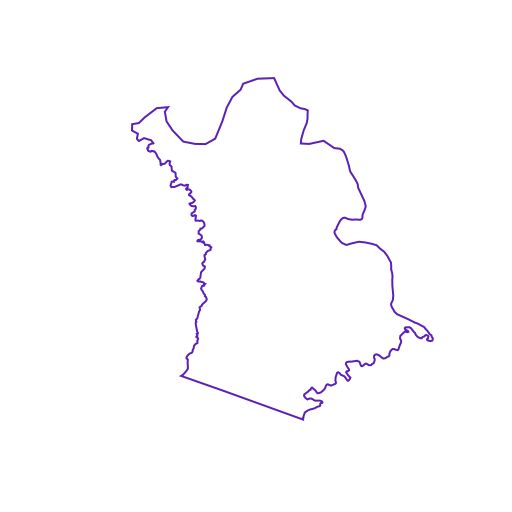 outline of Nkwanta North, Volta, Ghana, rotated 138°
{"feature_id": "2480657B6503151283934", "entity_name": "Nkwanta North", "entity_type": "district", "adm_level": 2, "iso_a3": "GHA", "parent_name": "Ghana", "parent_adm1": "Volta", "projection": "natural_earth1", "projection_center": [0.278, 8.552], "detail": "fine", "context": "isolated", "style": "outline", "palette": "violet", "viewbox_px": 512, "rotation_deg": 138, "n_neighbors": 0, "source": "geoboundaries", "source_scale": "gbopen_adm2", "svg_char_len": 6103}
<svg xmlns="http://www.w3.org/2000/svg" viewBox="0 0 512 512"><g transform="rotate(138 256 256)"><path d="M121.0,276.8L121.8,279.5L125.6,283.8L128.7,296.4L141.5,303.7L147.4,309.6L144.1,312.7L136.4,317.5L129.4,320.8L126.0,323.4L122.3,327.4L120.1,329.5L121.4,332.5L124.2,336.2L126.5,341.9L126.4,346.9L128.0,356.5L127.6,363.3L123.5,376.1L136.2,386.7L150.2,392.6L156.2,389.9L167.1,390.0L178.4,385.9L190.9,378.6L207.8,370.5L218.6,372.9L226.3,380.1L233.5,389.7L234.0,405.1L232.4,415.9L227.2,424.2L221.8,425.5L230.9,432.3L246.0,433.5L254.1,433.2L259.8,436.8L264.2,432.2L262.0,425.9L266.1,422.8L266.1,419.8L260.3,418.5L256.5,412.2L256.8,408.4L257.2,408.4L258.2,409.3L261.1,410.2L261.8,410.1L263.4,408.6L264.0,409.1L264.9,408.7L265.3,407.2L265.7,406.5L265.2,405.0L264.5,404.0L263.3,404.0L263.0,403.7L262.3,402.8L262.2,402.2L261.6,401.8L261.5,400.6L261.9,398.2L262.9,395.4L263.1,392.9L263.0,391.5L264.5,389.3L264.6,388.7L265.8,387.8L265.8,387.0L263.8,386.9L262.5,385.8L261.9,385.7L258.1,385.9L257.0,384.9L256.5,383.7L258.5,382.5L259.2,381.1L258.9,379.6L259.1,378.8L261.4,375.7L260.2,371.8L260.4,371.3L262.5,368.8L262.7,366.1L265.0,366.1L265.6,367.0L266.6,366.8L267.4,366.1L268.2,367.2L268.9,367.6L272.1,365.7L272.6,365.2L272.8,364.2L272.7,363.6L271.7,363.1L270.6,361.9L264.0,359.6L263.2,358.5L263.1,357.7L261.9,355.9L259.6,355.2L259.0,354.4L260.2,353.7L260.5,353.0L260.8,352.8L262.8,352.8L263.3,352.3L263.2,351.4L261.8,350.9L261.0,350.0L260.7,348.1L260.9,347.2L261.4,346.7L264.6,346.6L265.0,346.2L265.0,345.7L264.4,344.3L264.2,343.3L264.4,340.4L264.1,339.2L264.3,338.2L265.7,337.9L267.9,338.1L269.9,339.3L270.5,339.3L270.7,337.6L270.5,336.5L269.2,334.7L267.7,333.8L267.8,333.0L268.4,332.1L269.2,331.4L270.8,331.1L271.7,330.1L275.0,330.7L275.8,330.4L276.6,329.4L276.5,328.3L275.5,327.6L274.0,327.3L273.6,326.5L273.8,325.8L274.7,325.4L274.9,325.0L276.8,323.6L277.2,322.6L275.2,321.0L274.4,319.7L273.6,319.2L273.2,319.3L272.4,318.3L272.2,317.4L272.3,315.6L273.4,313.5L274.3,312.8L277.6,312.6L279.1,313.5L280.0,312.8L281.9,312.9L283.7,311.0L283.3,310.3L282.8,307.5L283.9,305.8L284.7,305.4L285.4,305.4L287.2,305.7L288.2,306.6L288.9,306.7L289.6,306.3L289.4,305.7L287.2,303.9L286.5,301.9L286.0,302.5L285.4,302.1L285.5,300.9L286.5,298.3L284.8,297.0L284.1,296.0L284.1,295.5L283.4,295.0L284.0,294.2L283.5,293.4L283.4,292.4L284.5,292.1L285.6,291.0L288.6,292.0L291.3,291.8L292.1,290.9L293.7,291.2L294.6,290.0L296.0,287.4L297.0,287.2L298.3,286.4L299.8,286.7L301.0,286.3L301.8,284.4L301.0,282.5L302.1,281.4L302.9,281.1L307.7,280.7L312.0,277.1L313.3,276.8L314.1,277.2L316.1,276.8L316.2,276.3L315.6,275.2L314.5,274.5L313.9,273.2L313.1,272.3L312.7,271.0L313.4,269.8L312.7,269.3L314.8,268.7L315.4,269.6L316.1,269.8L318.6,268.6L319.1,266.9L319.2,265.2L319.9,263.6L320.0,261.1L320.9,260.4L320.6,259.0L321.6,256.7L323.3,256.0L328.6,256.0L329.6,255.3L332.2,255.6L333.8,253.3L335.5,252.8L341.5,248.9L342.8,248.9L343.5,248.7L344.2,247.7L344.3,247.0L345.1,247.0L346.3,245.8L350.2,239.4L350.8,237.5L351.3,237.3L352.1,237.7L352.9,236.0L354.1,236.1L354.5,235.8L354.6,235.4L354.0,234.5L354.4,233.3L354.8,232.9L356.5,232.2L357.5,230.7L357.9,230.5L359.7,231.1L360.6,230.8L361.4,230.9L362.4,230.5L364.2,229.1L366.1,228.4L367.0,227.5L367.8,227.1L368.7,227.1L370.0,227.7L371.5,227.9L373.7,227.8L375.2,227.2L375.8,226.9L376.2,226.3L375.9,225.1L376.0,224.6L378.4,222.3L380.6,219.4L382.1,217.8L384.9,217.1L389.5,216.6L391.9,217.0L370.5,177.8L330.5,103.0L329.7,104.2L329.0,104.0L328.6,104.6L327.0,105.6L324.5,107.0L324.0,107.0L320.7,106.5L318.2,105.6L316.5,104.6L314.1,103.5L311.5,103.0L309.1,101.8L308.4,101.9L307.1,103.2L306.1,103.3L305.1,102.5L304.6,102.7L304.3,103.7L304.6,104.6L305.7,106.2L308.8,108.9L309.4,110.2L309.6,111.5L310.4,113.2L311.5,114.2L313.8,115.0L314.2,117.3L314.1,119.2L313.6,120.2L312.8,120.8L308.0,120.4L306.0,120.6L304.8,120.1L303.9,120.8L302.6,120.8L302.3,120.6L302.2,120.3L302.3,119.3L301.8,116.4L302.2,113.4L301.8,112.5L301.1,112.1L299.0,111.2L295.2,111.1L293.4,111.5L290.5,112.9L289.1,113.0L288.4,112.5L287.0,109.5L282.5,107.9L281.5,108.1L280.1,110.6L277.8,112.7L273.9,114.9L272.8,114.7L272.3,113.3L272.4,110.9L270.8,107.4L271.4,102.1L270.8,101.5L268.8,101.7L267.2,102.5L267.4,104.0L267.3,106.3L266.8,109.2L265.9,109.7L264.5,108.8L263.4,108.7L263.2,108.9L262.7,110.0L262.3,112.7L261.5,115.6L260.8,116.2L259.6,116.4L257.7,115.4L256.0,113.8L251.1,110.6L249.9,108.2L251.1,105.1L251.4,103.9L251.2,103.4L250.9,103.1L249.3,102.8L247.7,102.9L246.4,102.6L245.9,101.9L245.2,99.3L243.5,97.9L241.9,98.0L240.3,97.6L238.1,98.7L236.8,99.9L236.4,101.3L234.9,102.9L233.3,102.9L232.4,102.4L231.5,101.2L230.8,99.0L230.5,96.2L229.9,94.5L228.2,93.5L225.7,93.1L224.6,92.6L223.5,92.8L222.1,94.2L220.0,95.3L217.2,95.6L216.7,95.5L215.6,94.5L215.3,93.5L213.7,91.2L212.6,91.3L210.1,92.8L207.6,94.1L206.9,94.2L205.6,95.0L204.6,96.3L204.3,98.1L204.0,98.5L202.3,100.0L196.1,100.3L195.5,99.7L194.3,97.9L193.6,97.7L193.3,98.6L194.2,101.3L194.2,102.0L193.8,102.8L192.6,102.9L189.7,100.4L189.1,98.7L189.5,93.7L189.3,92.4L190.0,90.4L190.0,87.7L189.3,85.8L188.8,84.8L187.9,84.0L187.0,84.3L185.9,84.2L184.7,83.6L183.2,83.8L182.4,83.5L181.6,81.7L181.7,80.9L183.4,79.7L184.6,79.8L184.9,79.4L185.0,78.7L184.7,78.0L183.4,76.2L181.8,75.2L181.2,75.3L179.7,76.4L179.4,78.4L178.7,79.7L179.2,81.7L178.7,85.7L178.8,89.0L178.5,90.4L181.1,97.7L182.5,100.2L185.2,107.2L190.1,118.3L190.4,121.6L189.2,127.2L188.4,129.1L187.4,130.2L183.8,131.7L180.5,134.7L174.6,142.6L170.7,147.1L168.3,149.4L166.3,152.1L164.5,155.6L161.7,158.7L160.1,160.8L158.3,168.5L157.9,173.5L158.8,178.0L159.2,183.3L161.6,187.3L165.6,192.8L169.6,197.3L170.6,198.1L177.5,201.9L180.9,203.4L181.6,204.0L183.4,208.2L183.5,209.5L183.4,215.8L182.4,220.0L182.0,220.9L181.0,221.8L179.5,222.3L178.4,222.0L177.0,223.2L170.9,225.6L168.2,226.2L166.4,226.1L165.6,225.9L164.2,224.9L162.9,222.0L160.4,218.7L157.3,216.3L154.5,213.3L153.8,212.9L152.5,212.7L151.2,213.3L149.7,214.9L148.5,215.7L144.5,217.5L141.3,219.4L138.7,224.2L134.4,238.4L132.4,241.2L131.4,244.6L130.2,250.9L129.7,254.7L129.0,256.7L126.6,260.9L123.6,267.2L121.9,271.4L120.9,275.0L121.0,276.8Z" fill="none" stroke="#5b21b6" stroke-width="2"/></g></svg>